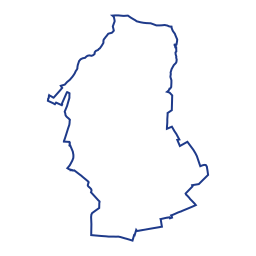 Valea Lui Mihai, Bihor, Romania
{"feature_id": "2599482B32986385447042", "entity_name": "Valea Lui Mihai", "entity_type": "district", "adm_level": 2, "iso_a3": "ROU", "parent_name": "Romania", "parent_adm1": "Bihor", "projection": "robinson", "projection_center": [22.134, 47.533], "detail": "fine", "context": "isolated", "style": "outline", "palette": "blue", "viewbox_px": 256, "rotation_deg": 0, "n_neighbors": 0, "source": "geoboundaries", "source_scale": "gbopen_adm2", "svg_char_len": 4240}
<svg xmlns="http://www.w3.org/2000/svg" viewBox="0 0 256 256"><path d="M205.7,165.0L205.1,165.0L204.6,164.9L203.7,165.0L202.3,165.4L200.3,166.2L199.8,164.8L196.9,156.2L195.5,153.4L193.4,149.9L192.6,148.8L187.4,141.8L179.9,146.0L177.3,139.9L179.3,139.5L176.3,133.9L174.4,131.1L171.9,126.7L171.7,126.8L171.4,126.9L171.0,127.1L170.6,127.2L170.4,127.3L169.0,127.9L168.6,128.1L166.9,128.8L166.9,128.6L167.0,126.2L167.2,123.9L167.3,122.2L167.3,119.5L167.3,119.2L167.4,117.7L167.6,114.8L167.6,113.0L167.8,112.9L171.8,110.2L172.2,95.4L170.9,94.0L170.6,93.7L169.8,92.8L169.2,92.5L169.0,92.4L167.1,91.8L168.0,91.1L168.8,90.2L169.3,89.2L169.5,88.7L169.8,88.7L170.2,88.6L171.2,87.0L171.4,82.8L171.4,80.2L170.5,77.3L170.4,76.6L170.8,74.0L170.6,72.5L171.6,69.1L173.8,65.1L175.8,63.1L176.4,62.0L176.7,59.7L176.2,57.6L176.3,56.5L175.7,54.5L175.6,54.0L175.5,52.7L175.5,52.4L176.3,51.5L176.2,47.6L175.5,47.6L175.2,47.0L175.3,46.4L175.6,46.4L175.7,46.1L174.9,45.7L174.5,45.0L174.6,44.6L176.5,44.4L177.1,41.0L177.2,39.5L175.6,35.7L175.4,35.2L174.8,33.6L174.3,33.0L172.8,30.9L171.7,28.2L171.6,27.2L171.5,26.6L170.9,26.6L170.3,26.6L169.2,26.4L167.2,25.5L166.0,25.3L164.8,25.0L161.7,25.3L159.7,25.4L156.4,25.4L153.2,24.2L150.7,23.3L146.5,23.1L144.5,22.9L143.5,22.8L140.7,22.3L136.7,21.3L135.2,20.2L133.6,19.3L130.6,17.5L127.9,15.6L123.8,15.9L122.4,15.8L118.4,15.4L115.1,15.4L112.4,15.6L113.1,16.2L113.9,17.1L114.6,20.5L114.6,21.5L113.9,23.3L113.5,24.5L112.8,26.4L113.5,29.2L113.8,30.7L112.1,32.6L111.1,33.0L109.3,33.4L108.2,33.8L107.6,34.6L106.4,36.2L105.8,36.8L105.7,37.0L103.7,39.6L103.4,41.0L103.4,41.6L103.5,41.9L103.3,43.1L101.6,45.9L99.8,48.4L98.8,49.0L98.0,50.0L96.5,50.6L95.7,51.0L94.7,52.3L94.6,53.9L93.3,55.1L91.6,55.8L89.3,55.4L87.8,55.7L86.7,56.3L86.2,56.7L85.1,57.8L82.6,58.3L80.6,59.3L79.0,61.2L78.7,62.3L77.8,64.9L77.4,67.2L77.4,68.3L77.0,69.3L75.7,71.2L74.7,73.4L73.4,75.4L72.3,76.9L71.6,77.7L69.8,79.8L67.0,82.1L64.8,84.6L63.2,85.1L62.1,85.4L60.8,85.8L61.5,87.0L62.2,87.9L61.0,89.3L60.0,90.5L56.0,95.0L53.6,97.7L53.1,97.5L51.5,96.5L50.4,95.9L49.3,95.4L49.1,95.2L48.9,95.7L48.8,97.8L48.6,98.1L48.2,98.5L48.1,99.0L48.1,99.5L48.0,99.8L47.9,100.8L53.1,103.2L54.9,104.2L56.1,102.6L61.8,105.2L62.1,104.7L62.2,104.4L62.1,103.9L62.0,103.4L62.5,102.3L66.9,92.3L67.1,92.1L68.5,92.7L69.5,93.3L69.4,95.9L69.4,97.9L68.3,101.6L67.1,105.8L67.0,106.1L65.0,110.9L64.7,111.7L65.1,112.8L65.3,113.6L65.4,114.2L65.5,115.1L65.9,115.8L66.5,116.6L67.1,117.2L68.2,118.1L68.7,118.5L69.2,119.0L69.5,119.6L69.8,119.7L69.8,120.4L69.6,121.6L69.6,122.2L69.6,122.7L69.3,124.9L68.5,127.2L67.9,129.0L66.4,133.8L64.9,138.5L63.9,141.2L63.9,141.6L69.3,141.9L69.3,142.0L69.9,143.0L69.6,143.6L69.7,144.2L69.6,144.7L69.5,145.1L69.8,145.2L70.1,145.3L70.1,145.5L69.9,145.5L69.8,145.8L70.6,146.2L70.7,146.7L71.3,148.0L72.8,151.6L73.4,154.9L73.4,156.5L73.3,158.0L72.3,160.6L70.6,163.8L69.7,165.4L67.9,167.6L67.7,167.8L67.5,168.1L67.4,168.2L68.0,168.6L68.8,169.1L69.7,169.4L70.8,169.7L69.9,170.2L69.7,170.3L70.0,170.3L70.6,170.2L71.3,170.2L71.9,170.3L72.7,170.5L73.2,170.5L73.9,170.5L74.3,170.4L76.8,172.3L79.8,174.6L81.6,175.9L81.8,176.2L87.6,181.0L88.4,181.7L88.3,182.0L88.6,182.5L87.9,184.5L87.8,185.6L88.4,186.5L89.7,187.6L90.7,188.6L91.3,189.4L91.4,190.1L91.5,190.7L91.1,192.0L91.0,192.3L92.3,193.7L98.6,200.6L99.5,201.4L99.6,201.9L99.3,202.8L99.3,203.4L99.2,208.0L95.8,210.4L93.2,212.3L92.2,213.0L92.0,213.3L91.3,214.8L91.3,215.3L91.1,217.0L91.2,219.3L91.4,224.2L91.2,235.1L101.4,236.0L105.8,236.3L108.8,236.6L111.4,236.6L113.9,236.6L115.9,236.7L118.3,236.6L120.3,237.0L121.0,237.2L123.4,237.9L125.1,238.4L125.9,238.6L126.3,238.7L129.0,239.5L132.5,240.6L134.1,235.1L134.6,235.3L136.2,229.9L137.0,231.0L161.9,226.7L160.7,219.3L160.6,219.1L167.2,217.6L167.3,217.7L169.4,217.3L169.9,218.3L172.0,217.6L171.8,217.1L171.8,216.4L171.5,216.2L171.1,215.4L171.4,215.3L171.6,215.2L171.8,215.2L172.6,214.9L174.9,213.9L178.0,212.5L179.6,211.9L181.4,211.3L181.9,211.0L188.2,208.4L192.0,206.8L195.8,205.1L194.7,203.7L192.0,200.9L191.0,199.9L190.1,199.0L189.0,197.5L188.4,196.9L187.5,195.9L186.1,194.6L185.8,194.0L185.6,193.5L192.5,186.4L192.1,185.2L198.8,184.1L203.0,179.9L208.1,174.9L207.5,170.7L206.8,166.5L206.2,165.7L206.1,165.4L205.7,165.0Z" fill="none" stroke="#1e3a8a" stroke-width="2"/></svg>